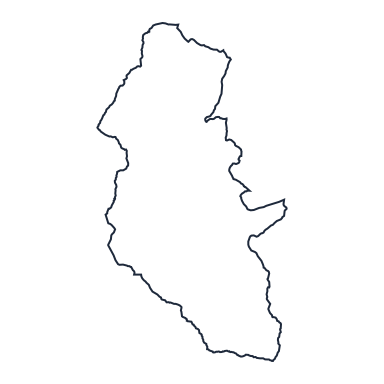 Chita, Boyacá, Colombia
{"feature_id": "7082276B46406567595223", "entity_name": "Chita", "entity_type": "district", "adm_level": 2, "iso_a3": "COL", "parent_name": "Colombia", "parent_adm1": "Boyacá", "projection": "albers", "projection_center": [-72.448, 6.098], "detail": "fine", "context": "isolated", "style": "outline", "palette": "slate", "viewbox_px": 384, "rotation_deg": 0, "n_neighbors": 0, "source": "geoboundaries", "source_scale": "gbopen_adm2", "svg_char_len": 6021}
<svg xmlns="http://www.w3.org/2000/svg" viewBox="0 0 384 384"><path d="M223.3,50.3L220.9,51.8L219.8,51.8L218.9,51.4L217.0,49.7L213.6,49.6L210.4,48.6L208.4,47.2L205.3,46.3L204.0,45.1L201.9,45.4L200.5,45.1L197.0,43.0L194.0,40.0L192.4,39.1L191.6,39.1L190.6,39.4L188.4,41.8L188.0,41.6L184.7,38.6L182.4,35.4L180.7,31.8L177.2,28.1L178.2,24.6L175.7,24.9L169.6,24.4L168.5,24.5L165.5,23.4L162.5,23.0L155.7,24.5L153.2,25.5L151.5,28.0L149.8,28.9L149.3,30.0L149.3,31.5L148.7,31.5L148.6,32.0L148.0,31.8L147.3,32.8L146.2,33.0L144.8,33.7L143.2,35.1L142.8,37.2L143.0,38.5L142.4,40.3L143.4,41.9L143.5,43.3L142.6,45.0L142.4,47.6L141.4,50.0L142.0,50.9L141.8,53.4L142.5,56.1L142.2,57.3L140.4,59.1L141.1,65.7L140.2,66.6L138.5,66.2L137.3,66.4L135.8,67.8L133.4,68.8L132.0,69.8L131.1,69.8L129.3,73.0L126.7,75.3L126.5,76.0L126.9,77.9L126.7,78.3L125.8,79.1L123.7,80.1L124.3,81.4L124.3,83.4L124.0,84.1L122.6,85.6L120.5,85.7L119.2,87.1L119.1,87.8L118.5,88.6L116.3,93.6L116.1,96.0L114.8,99.1L114.8,100.6L113.8,101.3L113.3,102.6L111.7,104.5L109.8,105.7L109.0,107.3L106.5,109.5L105.8,112.1L105.0,112.9L104.3,114.6L103.3,115.3L102.1,118.4L101.1,120.3L100.4,121.0L100.1,122.9L98.6,124.6L98.6,125.7L97.9,126.5L97.4,127.7L99.0,129.8L99.9,130.2L100.7,131.5L105.3,134.7L109.4,136.5L110.8,136.4L112.8,137.3L114.5,136.9L115.5,137.0L116.2,138.7L117.8,140.0L118.8,142.3L119.0,143.4L120.4,144.7L121.2,147.6L122.2,148.4L124.2,149.2L124.7,149.8L126.0,149.5L126.8,150.9L126.6,152.9L127.0,156.2L126.4,158.4L128.2,163.1L128.1,165.6L127.0,166.5L126.2,168.6L123.3,170.3L120.4,170.3L117.2,171.9L117.0,173.9L116.4,175.5L116.6,176.8L115.8,178.0L115.8,179.5L114.8,180.9L115.0,182.7L116.2,184.9L116.5,186.8L115.4,189.2L115.6,190.3L115.3,193.5L115.7,195.6L114.8,197.4L115.1,198.4L114.9,199.2L114.3,199.2L114.5,199.8L114.1,200.5L113.7,200.7L113.8,201.8L111.8,205.4L111.2,207.3L110.2,208.3L109.6,208.4L109.2,208.9L108.5,208.8L107.2,212.2L107.2,213.4L105.6,214.6L108.3,223.3L110.1,223.9L111.5,224.9L114.2,227.9L115.1,229.3L113.9,232.4L111.9,234.4L111.3,235.4L110.9,239.3L108.2,244.8L108.2,245.3L113.6,255.3L115.5,260.2L118.1,264.2L119.5,264.8L123.0,264.6L127.0,265.6L127.7,266.1L129.6,266.2L130.4,266.9L131.2,267.0L132.9,270.2L133.8,270.9L134.4,272.0L134.5,272.9L134.1,274.6L141.1,274.6L141.4,276.5L142.3,278.4L143.9,280.3L145.5,281.5L146.5,282.8L148.8,284.8L150.0,287.8L152.5,291.6L157.4,294.5L159.5,296.7L161.0,297.5L161.3,298.9L161.8,299.5L165.1,300.3L166.6,302.3L168.8,302.2L169.5,302.7L170.5,302.5L174.1,303.9L175.8,303.9L177.7,304.5L179.7,305.4L181.4,306.9L181.5,307.7L180.9,310.5L181.4,311.8L182.0,316.3L182.7,316.9L185.4,318.0L185.7,318.6L186.5,318.8L186.9,319.9L186.8,320.7L187.3,320.8L187.5,321.2L191.4,321.7L192.6,324.4L193.7,324.7L193.9,325.5L195.4,326.9L195.9,328.3L197.9,329.0L199.0,330.1L199.4,333.0L201.4,334.2L201.7,334.7L201.7,335.8L202.4,336.6L202.5,338.5L203.2,339.5L203.3,341.1L204.2,342.7L206.3,343.9L206.4,345.1L207.3,346.7L207.1,349.2L208.4,349.4L209.3,350.4L212.8,351.6L213.0,352.3L213.8,352.5L215.1,352.3L216.2,351.7L217.2,351.8L218.4,351.5L219.0,351.5L220.0,352.1L221.9,352.0L222.8,351.4L223.7,351.6L224.7,351.0L227.0,350.7L228.6,351.5L229.4,351.3L229.7,351.8L230.5,352.1L231.7,351.9L232.3,352.2L233.7,352.3L234.4,352.9L236.2,353.6L237.4,355.1L238.1,355.1L239.4,356.1L240.2,356.2L240.9,356.6L242.7,356.4L244.7,355.6L245.8,354.7L248.4,354.9L249.0,355.4L250.7,356.0L252.7,356.1L253.6,357.2L255.6,357.0L256.8,357.9L259.8,358.3L263.1,358.3L265.1,359.4L269.1,359.5L270.0,360.2L271.0,360.4L272.0,361.0L273.0,360.9L273.1,360.3L274.8,358.9L275.6,357.0L276.8,355.6L277.7,352.7L278.9,351.1L279.8,345.3L278.3,343.6L278.4,342.3L277.9,340.0L278.1,338.1L279.2,336.9L279.6,333.5L280.8,332.1L280.1,329.6L280.2,328.9L280.7,328.5L281.0,324.1L280.5,323.1L279.3,322.4L278.6,321.3L277.2,320.9L276.7,319.1L275.6,317.6L273.5,317.1L272.7,317.2L272.3,316.9L272.0,315.2L270.0,313.0L268.4,309.3L268.4,308.6L270.2,303.9L266.9,299.3L266.8,298.3L267.3,297.0L266.6,294.3L267.4,291.2L267.3,288.8L268.0,287.3L268.4,287.2L269.2,287.4L269.5,286.6L269.2,282.0L267.5,279.4L267.6,278.7L268.0,278.4L269.2,273.5L268.8,271.8L268.2,271.1L266.3,270.2L264.7,268.1L263.6,267.6L263.6,266.6L263.0,264.6L261.4,260.8L257.8,256.2L256.4,253.1L255.0,252.0L251.3,250.5L248.9,246.7L248.3,244.7L248.3,241.5L249.8,237.2L250.4,236.3L251.4,235.6L253.8,235.4L256.6,236.7L258.1,236.1L260.5,233.8L261.5,233.3L262.4,233.2L263.6,232.5L264.4,230.9L265.6,229.7L267.4,228.6L271.0,225.5L272.9,224.8L274.4,223.1L276.8,221.0L280.8,219.4L282.0,218.1L282.3,217.2L284.1,215.9L284.6,211.1L284.9,210.4L286.5,209.0L286.6,208.4L286.3,207.5L284.4,206.1L283.7,205.1L283.5,204.1L284.1,199.7L279.0,201.9L266.3,205.8L263.7,207.1L259.2,207.9L253.8,210.0L250.7,210.3L248.1,209.5L247.4,209.0L246.2,206.5L243.8,204.1L242.0,200.8L241.2,198.5L241.2,197.4L240.3,196.2L240.7,195.2L241.9,193.7L243.8,192.5L245.1,191.3L246.6,191.3L247.5,190.6L249.5,190.7L245.4,187.0L244.6,186.9L244.2,186.2L243.8,186.1L243.6,185.4L242.5,184.1L240.9,183.4L240.1,182.2L235.8,179.7L233.5,179.1L233.4,178.4L232.9,177.9L232.0,175.7L229.2,170.9L229.3,169.3L229.9,167.5L231.1,165.8L231.9,165.2L232.8,163.6L234.4,163.5L235.9,164.0L236.5,163.9L238.5,163.0L239.1,162.4L239.6,160.6L238.6,159.7L238.5,159.1L239.8,156.5L240.3,156.1L241.3,156.0L241.5,151.4L241.2,150.8L241.0,149.5L238.6,147.2L235.8,145.8L235.1,145.1L234.8,143.5L234.4,142.8L231.2,140.0L229.2,139.5L227.0,140.5L226.0,140.2L225.7,137.7L226.5,135.4L226.6,132.9L227.0,131.1L226.5,129.4L226.7,128.1L225.9,122.8L226.6,119.6L226.5,118.5L225.1,119.0L222.8,118.9L221.1,118.2L220.3,118.3L219.1,117.0L218.0,116.9L215.9,117.2L214.0,118.8L212.9,119.1L210.3,118.9L209.8,119.1L207.5,120.7L206.6,121.9L206.2,121.8L205.5,120.8L205.2,119.8L205.3,118.6L206.8,117.1L209.2,116.5L210.5,115.9L211.0,114.9L213.4,112.1L213.9,110.3L215.0,108.9L215.3,106.2L218.4,102.8L220.2,96.7L221.5,93.8L222.2,85.1L221.6,81.8L222.2,78.7L224.1,76.1L225.5,73.5L225.8,71.1L227.7,67.5L227.8,65.8L228.1,64.6L229.3,61.6L230.8,59.5L229.7,57.7L228.5,57.6L227.1,57.1L225.5,53.5L223.4,51.0L223.3,50.3Z" fill="none" stroke="#1e293b" stroke-width="2"/></svg>